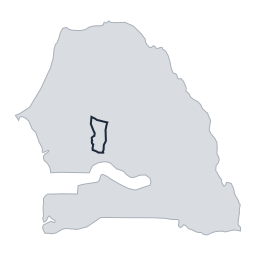 Malem Hodar, Kaffrine, Senegal shown in context
{"feature_id": "50182788B13883389428586", "entity_name": "Malem Hodar", "entity_type": "district", "adm_level": 2, "iso_a3": "SEN", "parent_name": "Senegal", "parent_adm1": "Kaffrine", "projection": "equal_earth", "projection_center": [-15.234, 14.358], "detail": "fine", "context": "in_parent", "style": "outline", "palette": "slate", "viewbox_px": 256, "rotation_deg": 0, "n_neighbors": 0, "source": "geoboundaries", "source_scale": "gbopen_adm2", "svg_char_len": 4777}
<svg xmlns="http://www.w3.org/2000/svg" viewBox="0 0 256 256"><path d="M207.2,112.7L210.7,120.6L209.9,124.4L209.2,129.9L211.1,134.0L213.4,136.6L215.1,139.0L216.9,142.3L217.2,148.9L216.9,153.7L218.1,155.9L219.1,158.6L218.9,160.9L218.3,162.9L216.1,165.6L215.7,170.5L219.3,176.5L221.6,179.8L221.6,181.7L222.3,183.8L224.0,186.2L225.0,185.6L226.1,183.6L226.6,182.3L229.7,182.9L231.2,183.5L233.1,187.4L233.9,190.0L234.4,193.3L236.4,197.4L238.2,200.3L238.6,202.1L240.2,204.6L239.3,210.0L239.4,212.8L238.3,220.1L238.1,223.5L238.2,224.8L240.6,227.4L240.4,231.1L237.9,230.4L233.6,230.0L225.0,231.9L222.1,231.1L216.5,231.4L212.4,232.5L207.3,234.9L203.4,234.3L201.2,232.4L198.4,232.5L195.2,231.5L191.8,229.7L188.8,228.8L185.4,225.4L183.8,224.8L182.8,225.7L181.8,226.8L180.9,227.5L179.1,226.9L178.4,224.6L178.9,222.4L179.1,220.7L178.3,219.8L176.2,219.5L172.9,219.5L167.6,218.8L166.4,218.4L154.6,217.8L142.2,217.7L131.8,217.7L118.7,217.6L109.4,217.5L100.8,217.5L94.1,222.0L86.9,226.9L77.2,229.4L66.0,228.5L62.4,229.2L58.7,231.3L56.0,232.9L52.2,233.8L47.2,233.1L45.2,233.5L43.9,231.3L42.5,227.7L43.4,225.1L46.5,223.4L51.0,221.2L53.4,222.3L54.8,222.4L55.1,221.0L54.6,220.2L51.2,218.3L49.4,215.8L47.9,217.2L46.6,220.4L45.6,221.3L44.0,222.2L43.1,220.0L42.8,218.0L43.5,216.4L43.1,207.5L43.6,202.7L43.4,198.6L45.5,195.8L47.6,194.1L55.5,194.0L63.0,193.8L70.1,193.9L77.4,194.0L78.1,185.7L80.4,185.0L83.9,184.2L90.3,183.2L97.5,182.2L99.0,180.6L100.2,177.8L100.9,175.3L102.4,174.3L104.4,175.1L107.1,176.4L109.8,178.4L112.9,180.3L115.0,181.5L120.0,184.4L128.5,188.5L135.5,190.1L144.0,187.1L150.2,185.2L150.9,181.6L149.9,178.1L145.4,174.9L139.2,175.3L137.3,176.2L134.4,177.2L132.6,177.6L129.7,176.9L126.0,174.1L123.7,171.4L120.4,170.1L116.5,168.8L110.3,163.0L107.1,162.0L104.0,161.7L98.1,162.8L92.3,165.9L89.3,172.8L83.5,172.7L71.3,172.5L60.1,172.3L50.8,172.8L49.9,167.7L47.7,163.7L44.1,160.3L43.3,157.1L44.5,154.4L48.0,152.1L48.8,150.5L47.0,150.7L44.2,152.2L42.4,152.3L42.2,147.9L39.2,142.2L35.8,132.6L32.0,128.7L28.8,121.0L25.4,118.0L22.3,116.6L19.6,116.9L18.7,120.4L15.4,115.4L19.9,113.5L29.6,107.2L40.7,88.9L50.7,67.3L52.0,62.2L53.2,58.4L54.0,49.6L55.5,44.3L56.8,43.3L58.5,39.3L60.5,32.3L62.8,28.3L65.4,27.6L67.4,27.9L68.8,29.4L73.0,30.3L80.0,30.6L85.3,29.6L89.1,27.1L94.1,25.9L100.2,25.8L103.5,24.8L103.8,22.8L104.6,22.2L105.9,23.0L107.1,22.7L108.2,21.2L109.4,21.1L110.5,22.4L115.6,22.7L124.8,22.3L133.3,26.0L141.2,33.8L145.2,39.1L145.4,41.7L146.7,44.4L149.1,47.1L151.2,47.6L153.1,45.9L154.7,46.1L155.8,48.1L158.0,48.5L160.5,47.3L162.2,47.7L162.6,48.9L163.0,49.6L164.2,49.9L165.8,51.4L168.1,55.6L169.9,61.5L171.4,69.0L173.3,73.1L175.6,73.8L177.0,75.3L177.2,77.1L177.9,78.3L179.0,79.0L181.0,78.6L183.3,81.1L185.8,86.6L186.2,89.1L185.9,90.5L186.0,91.4L187.7,92.4L189.2,94.2L190.5,96.9L193.3,99.3L197.5,101.4L200.6,104.6L202.5,108.8L206.4,112.3L207.2,112.7Z" fill="#d9dde1" stroke="#a8b0b8" stroke-width="1"/><path d="M90.8,123.9L93.4,130.5L94.7,133.1L94.4,135.7L94.4,135.8L93.4,136.3L92.6,136.9L92.0,137.4L91.7,137.9L91.8,139.1L92.0,140.1L92.2,140.3L92.2,140.7L91.9,141.3L91.7,141.8L91.9,142.5L92.0,143.3L92.4,143.8L93.3,144.4L93.1,145.0L92.8,147.0L92.5,147.8L92.7,148.3L92.6,149.1L92.6,149.8L92.7,150.0L92.8,150.0L93.0,150.1L93.3,150.2L93.5,150.3L93.8,150.4L94.0,150.4L94.2,150.5L94.4,150.5L94.5,150.6L94.9,150.8L95.0,150.8L95.4,150.9L95.6,151.0L95.8,151.1L96.0,151.2L96.2,151.3L96.4,151.4L96.5,151.4L96.7,151.5L96.8,151.6L97.1,151.7L97.2,151.8L97.3,151.9L97.5,152.0L97.8,152.3L98.1,152.4L98.2,152.5L98.3,152.5L98.5,152.5L98.8,152.5L99.0,152.6L99.3,152.6L99.5,152.6L99.8,152.6L100.0,152.6L100.3,152.6L100.5,152.6L100.8,152.6L101.0,152.6L101.3,152.6L101.6,152.6L101.8,152.6L102.0,152.6L102.3,152.6L102.5,152.6L102.8,152.7L103.0,152.8L103.2,152.7L103.0,152.4L102.9,152.2L103.0,152.1L103.0,151.6L103.0,151.3L103.2,150.9L103.3,150.4L103.6,149.9L103.6,149.0L103.7,148.0L103.7,147.0L103.7,146.6L103.8,145.9L103.8,145.2L103.9,144.9L104.2,144.2L104.4,143.8L104.5,143.5L104.9,143.0L105.0,142.7L105.2,142.3L105.3,142.2L105.5,141.7L105.7,141.2L105.8,141.0L105.9,140.5L105.9,140.2L105.9,139.9L105.8,138.7L105.8,138.1L105.8,137.4L105.7,136.3L105.7,135.4L105.7,134.1L105.7,133.6L105.6,133.1L105.6,132.7L105.6,131.9L105.6,131.4L105.6,130.8L105.5,130.2L105.8,128.6L105.9,128.4L106.0,127.8L106.1,127.0L106.4,125.8L106.6,124.9L106.8,124.0L106.9,123.3L107.0,122.5L107.1,122.4L106.5,122.2L105.9,122.1L105.4,122.0L105.1,122.0L104.8,121.9L104.2,121.7L103.5,121.6L102.9,121.4L102.1,121.2L101.6,121.1L101.1,121.0L100.6,120.9L100.2,120.7L99.7,120.6L99.3,120.5L98.7,120.4L98.1,120.2L97.5,120.1L96.9,119.9L96.6,119.8L96.0,119.3L95.3,118.8L94.6,118.4L93.8,118.1L93.1,117.7L92.3,117.3L91.5,116.9L91.5,117.3L91.3,118.6L91.2,120.0L91.1,121.3L91.1,121.6L90.9,122.6L90.8,123.9Z" fill="none" stroke="#1e293b" stroke-width="2"/></svg>